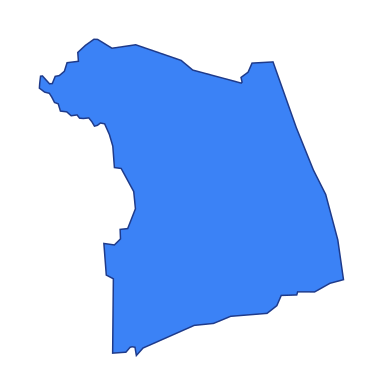 the district of Tarariras, Colonia, Uruguay, rotated 356°
{"feature_id": "84410073B21543220364464", "entity_name": "Tarariras", "entity_type": "district", "adm_level": 2, "iso_a3": "URY", "parent_name": "Uruguay", "parent_adm1": "Colonia", "projection": "robinson", "projection_center": [-57.64, -34.265], "detail": "fine", "context": "isolated", "style": "filled", "palette": "blue", "viewbox_px": 384, "rotation_deg": 356, "n_neighbors": 0, "source": "geoboundaries", "source_scale": "gbopen_adm2", "svg_char_len": 1060}
<svg xmlns="http://www.w3.org/2000/svg" viewBox="0 0 384 384"><g transform="rotate(356 192 192)"><path d="M47.0,77.8L52.0,82.1L56.6,83.6L58.8,87.7L61.1,93.1L64.7,94.7L66.4,102.1L72.6,103.3L76.8,107.5L82.7,107.1L85.0,110.5L88.7,111.1L94.2,110.9L97.0,114.9L99.3,119.5L102.3,118.9L105.5,116.8L109.6,117.9L113.6,128.9L116.2,140.8L116.3,162.2L123.0,163.6L133.9,187.5L134.4,204.8L125.3,224.0L117.7,224.3L117.4,233.8L110.9,239.4L100.5,237.2L100.7,268.9L107.5,273.1L101.6,347.2L114.9,347.2L119.4,342.6L121.5,342.2L124.3,342.9L125.1,351.2L132.3,344.2L184.9,325.2L204.3,324.6L221.9,318.7L258.4,318.3L268.7,311.3L273.8,301.4L289.3,302.0L290.4,299.0L307.4,300.2L323.2,292.7L337.0,290.0L334.1,250.0L325.2,203.8L314.6,178.5L313.2,174.2L300.5,135.0L281.9,67.9L260.9,67.6L256.3,76.4L248.9,81.1L249.6,85.9L248.7,86.8L201.2,70.4L190.4,60.0L146.1,41.2L122.2,43.0L108.5,33.2L104.8,32.8L96.0,38.2L87.8,44.8L87.8,53.7L76.4,54.3L73.1,62.7L67.7,66.6L63.6,67.1L60.2,74.1L57.4,74.1L50.9,65.8L49.0,65.9L47.6,73.4L47.0,77.8Z" fill="#3b82f6" stroke="#1e3a8a" stroke-width="1.5"/></g></svg>